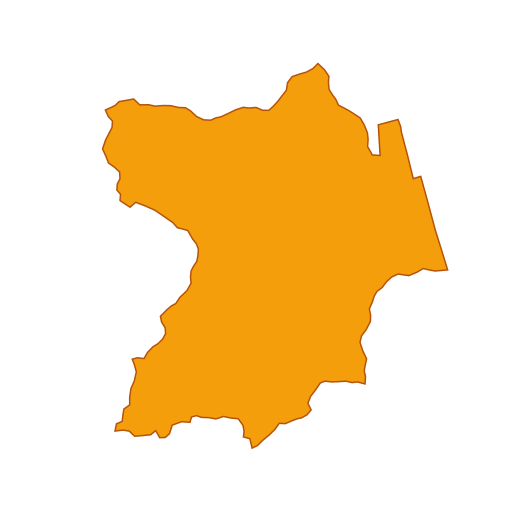 the district of Urussanga, Santa Catarina, Brazil, rotated 165°
{"feature_id": "56859067B50326719422970", "entity_name": "Urussanga", "entity_type": "district", "adm_level": 2, "iso_a3": "BRA", "parent_name": "Brazil", "parent_adm1": "Santa Catarina", "projection": "mercator", "projection_center": [-49.316, -28.492], "detail": "fine", "context": "isolated", "style": "filled", "palette": "amber", "viewbox_px": 512, "rotation_deg": 165, "n_neighbors": 0, "source": "geoboundaries", "source_scale": "gbopen_adm2", "svg_char_len": 2491}
<svg xmlns="http://www.w3.org/2000/svg" viewBox="0 0 512 512"><g transform="rotate(165 256 256)"><path d="M363.7,436.0L362.6,429.0L359.7,423.5L361.8,417.4L371.1,407.2L376.5,399.2L375.1,390.7L374.4,384.0L369.8,378.5L366.0,372.4L367.4,365.8L371.4,361.4L373.3,355.7L370.9,350.7L373.0,344.7L365.0,335.7L358.3,339.0L350.6,333.5L341.8,326.4L327.6,309.7L324.7,303.7L319.6,300.9L315.3,298.2L312.8,288.7L310.4,283.1L309.9,277.5L312.1,271.1L314.7,266.0L319.0,262.3L322.5,258.4L324.7,252.8L325.7,246.6L331.7,240.4L340.2,235.8L345.7,230.9L350.6,229.7L355.9,227.2L363.9,222.5L364.3,216.7L362.3,210.1L363.4,204.5L367.7,199.9L373.3,196.7L378.8,195.1L385.8,190.9L390.7,185.9L396.8,188.4L402.2,188.4L401.6,182.3L401.6,175.0L405.9,166.8L411.2,160.2L414.7,151.9L416.5,144.9L423.2,142.4L425.9,136.4L428.1,130.9L434.2,130.0L437.5,123.4L429.4,122.2L423.8,119.7L419.8,113.3L412.1,111.9L404.0,110.6L398.1,113.3L396.0,105.4L390.7,104.2L385.6,106.7L380.7,114.3L370.8,115.2L362.8,112.5L359.9,117.2L354.8,117.2L350.6,114.3L343.0,111.9L336.9,109.0L328.9,109.4L322.2,106.0L315.3,103.4L312.4,95.8L312.9,89.6L315.0,84.5L309.2,81.1L309.5,71.4L303.5,72.6L297.6,76.0L289.6,79.7L282.6,83.6L276.8,88.4L271.3,86.5L264.0,87.5L258.7,88.1L253.8,87.9L247.9,89.4L242.6,93.1L244.0,100.3L239.6,106.3L233.2,111.2L226.8,116.7L221.8,117.3L215.6,114.8L208.0,113.1L201.5,111.8L195.8,108.8L190.8,108.2L183.8,104.2L181.4,111.3L181.2,117.0L178.7,122.4L175.8,128.0L177.4,136.8L177.9,145.6L174.7,151.6L168.8,156.2L162.4,163.2L160.6,169.2L160.2,175.7L155.5,181.4L152.2,186.6L148.3,190.5L142.3,192.9L136.7,197.3L130.4,200.6L123.4,201.8L113.5,197.5L104.6,198.7L97.8,200.6L91.3,197.2L86.7,195.1L80.4,194.0L74.5,193.0L75.3,215.2L76.1,234.0L76.1,240.4L76.1,253.8L76.1,265.0L76.3,290.3L84.1,290.0L83.6,313.4L83.5,337.7L82.8,343.5L83.5,351.1L103.9,351.1L110.1,321.0L117.5,323.5L119.9,332.8L117.5,339.8L116.5,346.2L117.5,354.5L119.6,362.3L123.9,367.2L128.5,372.2L132.8,376.3L137.3,380.4L138.4,386.8L140.5,392.1L142.3,398.0L141.1,405.0L139.1,410.7L141.6,418.1L146.4,425.9L152.5,422.3L159.7,420.6L168.0,420.4L174.7,419.9L180.6,415.3L183.8,408.2L188.9,404.4L195.2,399.5L201.0,395.9L206.0,393.4L211.8,395.0L217.5,399.5L224.7,400.8L229.8,402.9L237.8,402.5L245.3,401.0L253.9,399.5L259.2,399.8L264.5,398.9L271.2,401.0L277.4,406.2L281.7,413.2L285.8,417.5L292.6,419.6L299.5,423.3L306.8,425.4L314.5,426.8L320.6,429.9L329.2,432.1L333.5,439.3L342.1,440.0L348.2,440.6L353.0,437.9L358.1,436.9L363.7,436.0Z" fill="#f59e0b" stroke="#b45309" stroke-width="1.5"/></g></svg>